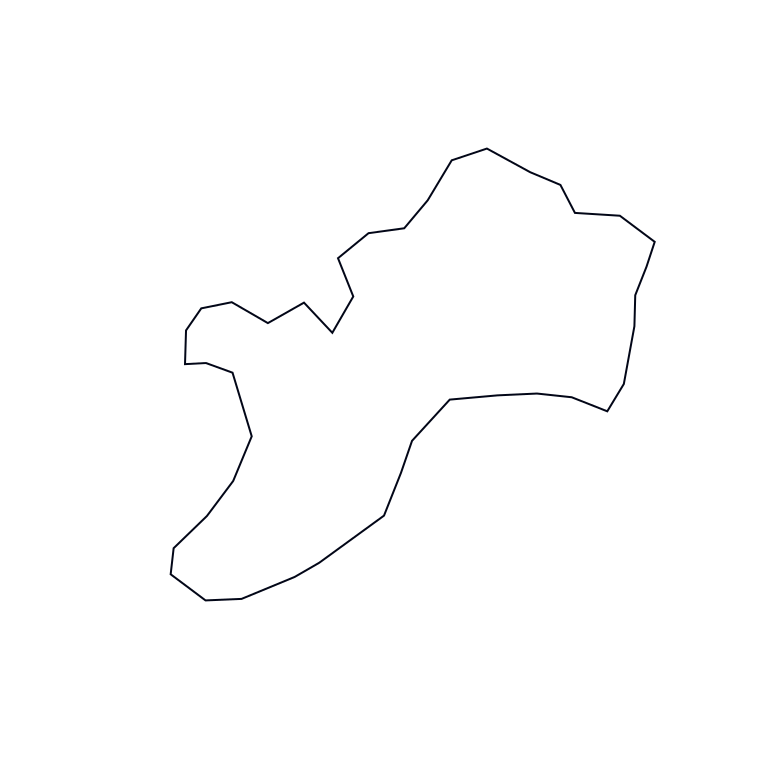 Trachoni Lefkosias, Cyprus (Albers equal-area conic projection), rotated 220°
{"feature_id": "46923920B69759348119058", "entity_name": "Trachoni Lefkosias", "entity_type": "district", "adm_level": 2, "iso_a3": "CYP", "parent_name": "Cyprus", "parent_adm1": "", "projection": "albers", "projection_center": [33.481, 35.216], "detail": "fine", "context": "isolated", "style": "outline", "palette": "ink", "viewbox_px": 768, "rotation_deg": 220, "n_neighbors": 0, "source": "geoboundaries", "source_scale": "gbopen_adm2", "svg_char_len": 682}
<svg xmlns="http://www.w3.org/2000/svg" viewBox="0 0 768 768"><g transform="rotate(220 384 384)"><path d="M376.8,649.9L408.2,640.2L456.5,630.5L475.9,598.9L468.6,552.8L468.6,516.3L492.8,489.6L500.1,450.8L463.8,431.3L456.5,390.0L497.6,394.9L512.1,356.0L553.2,348.8L572.6,324.5L570.1,297.8L549.2,271.3L533.9,285.6L507.3,295.3L451.7,258.9L437.2,212.8L434.8,169.1L439.6,123.0L425.1,101.1L381.6,103.5L355.0,127.8L328.4,178.8L318.7,205.5L299.4,283.2L313.9,326.9L326.0,358.5L323.6,414.3L289.7,448.3L260.7,475.0L231.7,494.5L195.4,506.6L200.3,538.2L229.3,589.2L248.6,613.5L258.3,642.6L268.0,666.9L311.5,664.5L347.7,637.8L376.8,649.9Z" fill="none" stroke="#020617" stroke-width="2"/></g></svg>